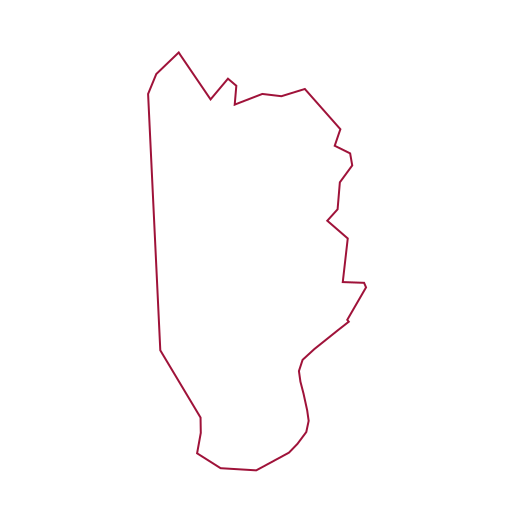 the border of Vale of Glamorgan, rotated 82°
{"feature_id": "GBR-2117", "entity_name": "Vale of Glamorgan", "entity_type": "Unitary Authority (wales)", "adm_level": 1, "iso_a3": "GBR", "parent_name": "United Kingdom", "parent_adm1": "", "projection": "albers", "projection_center": [-3.357, 51.45], "detail": "fine", "context": "isolated", "style": "outline", "palette": "rose", "viewbox_px": 512, "rotation_deg": 82, "n_neighbors": 0, "source": "natural_earth", "source_scale": "10m", "svg_char_len": 695}
<svg xmlns="http://www.w3.org/2000/svg" viewBox="0 0 512 512"><g transform="rotate(82 256 256)"><path d="M455.3,250.7L468.3,285.6L461.2,320.6L443.2,341.8L423.5,335.3L408.3,333.4L336.1,363.9L80.5,340.3L61.9,329.4L43.7,304.2L44.7,303.7L46.1,303.1L94.6,279.2L76.5,259.1L84.7,251.8L103.1,256.0L96.4,227.2L101.3,208.6L97.4,184.4L142.2,154.8L146.3,156.9L157.8,162.7L167.5,148.5L179.7,148.1L194.7,162.7L221.1,168.7L231.0,180.5L251.4,162.7L293.9,173.7L297.6,152.7L302.4,151.4L331.9,174.5L334.0,173.3L340.7,184.9L356.3,211.2L365.3,224.3L375.9,229.5L386.6,229.5L398.8,228.1L416.0,226.8L426.6,226.8L437.3,230.7L447.9,241.2L448.1,241.5L455.3,250.7Z" fill="none" stroke="#9f1239" stroke-width="2"/></g></svg>